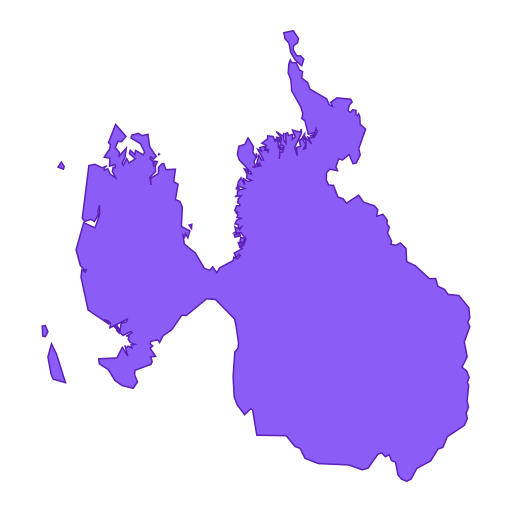 Ambanja, Diana, Madagascar
{"feature_id": "10022922B10293113814705", "entity_name": "Ambanja", "entity_type": "district", "adm_level": 2, "iso_a3": "MDG", "parent_name": "Madagascar", "parent_adm1": "Diana", "projection": "equal_earth", "projection_center": [48.458, -13.784], "detail": "fine", "context": "isolated", "style": "filled", "palette": "violet", "viewbox_px": 512, "rotation_deg": 0, "n_neighbors": 0, "source": "geoboundaries", "source_scale": "gbopen_adm2", "svg_char_len": 6078}
<svg xmlns="http://www.w3.org/2000/svg" viewBox="0 0 512 512"><path d="M295.0,446.5L300.1,448.4L305.0,458.3L318.4,463.6L348.4,464.9L362.2,469.8L368.0,468.2L377.9,454.2L381.8,452.9L385.4,456.8L389.2,454.7L391.4,460.5L395.5,462.1L397.9,474.6L401.5,479.2L407.0,481.3L411.2,478.9L416.8,468.4L430.7,460.9L437.9,449.1L442.9,447.4L447.2,436.8L464.6,425.1L467.3,418.6L466.2,412.9L468.5,407.2L467.1,401.0L468.7,385.1L467.3,382.8L469.1,377.3L466.6,370.8L461.9,367.3L467.2,356.8L464.3,341.9L469.8,326.6L467.8,322.4L469.8,317.7L468.8,307.6L458.8,295.5L448.0,294.4L444.5,289.4L437.9,286.3L435.6,278.5L429.4,278.7L415.4,265.8L406.7,261.6L406.0,248.5L400.4,242.9L396.0,245.3L390.7,244.1L391.6,241.3L387.5,233.0L389.4,227.2L387.0,224.0L387.2,220.1L382.9,214.3L376.7,216.3L377.7,209.7L374.6,205.9L363.5,202.1L358.7,195.2L346.4,203.2L343.2,198.8L337.9,197.0L333.5,185.4L328.7,185.0L326.3,180.2L326.5,172.7L329.8,169.2L337.5,170.7L335.9,166.7L338.7,158.8L342.5,160.0L349.1,154.5L353.0,163.7L356.3,163.1L360.2,154.8L358.8,148.5L365.6,129.1L360.2,124.3L359.7,116.2L358.6,113.8L357.5,115.8L355.9,114.4L356.0,110.3L352.5,109.8L350.5,112.5L348.2,110.9L349.1,105.3L352.2,102.0L350.7,99.2L336.9,97.8L330.7,102.4L332.4,106.2L329.3,104.9L326.7,98.9L309.8,89.0L307.7,82.5L301.7,78.0L302.6,71.6L299.5,70.0L296.2,62.8L291.5,62.5L290.3,59.9L288.8,64.0L288.2,72.9L290.9,79.9L291.7,90.7L300.6,106.6L302.9,113.6L301.8,118.6L304.9,120.8L308.3,134.3L315.1,132.3L316.2,128.7L317.3,131.3L314.4,137.2L310.2,138.0L307.9,137.1L311.6,143.9L305.9,137.8L305.8,148.4L303.5,149.2L305.7,144.7L302.1,138.2L299.3,140.7L300.5,146.4L296.5,147.5L297.3,155.7L294.7,147.3L301.5,133.3L301.2,129.0L300.5,132.2L292.4,130.0L295.4,136.8L292.2,139.5L292.8,134.3L288.4,135.5L287.6,132.8L285.7,133.4L286.0,143.3L283.9,140.3L284.0,133.0L283.0,136.1L276.3,131.6L281.5,138.0L279.8,145.6L282.3,145.0L284.0,147.0L282.7,152.1L280.1,152.2L279.3,159.0L280.0,149.5L278.4,147.5L278.1,142.1L276.0,139.1L275.1,141.1L273.1,136.5L267.7,135.8L267.6,138.8L261.8,143.2L266.3,145.2L265.5,149.3L268.5,149.5L267.9,152.6L267.5,150.2L264.4,150.4L265.3,146.2L259.7,147.6L261.5,151.0L257.7,149.2L263.5,160.0L261.8,160.5L258.9,155.5L256.5,164.4L259.4,163.2L261.6,166.5L259.4,163.8L257.7,165.3L259.9,165.9L252.5,167.5L255.4,166.2L253.9,161.6L257.1,156.1L256.4,153.3L255.9,156.9L252.8,152.3L253.5,146.6L248.0,137.9L244.9,144.3L238.9,146.2L237.4,153.9L239.1,159.7L248.7,169.9L248.1,171.9L249.8,171.2L250.9,172.3L251.4,174.3L247.6,172.7L247.3,169.7L244.2,168.8L247.2,174.4L246.5,178.3L251.5,180.3L247.7,181.5L243.6,178.8L244.7,184.7L241.1,177.8L238.3,181.8L237.6,185.6L244.9,188.5L237.6,190.8L237.4,195.0L235.0,196.7L241.2,195.7L237.6,199.6L238.6,199.0L237.5,202.4L239.9,204.2L239.6,205.8L236.5,205.7L234.8,210.7L237.7,212.2L236.1,212.9L238.0,214.5L236.9,217.5L241.1,218.3L236.5,220.4L235.0,223.9L238.1,224.5L238.6,228.3L241.5,226.9L239.9,229.6L234.9,226.9L236.1,231.4L234.0,232.9L241.0,232.7L245.9,239.0L243.5,245.3L240.1,247.6L242.1,248.6L234.2,253.1L236.2,257.5L239.0,254.3L240.3,255.4L237.3,258.8L233.8,257.1L233.2,260.6L219.6,267.8L216.8,272.8L212.7,266.8L209.8,270.2L204.5,268.6L195.4,253.1L184.3,244.0L183.0,235.3L184.6,237.3L185.5,233.6L187.8,237.9L189.9,230.9L181.4,226.5L182.3,207.1L179.8,201.3L175.4,199.6L178.1,184.2L173.7,181.7L175.4,169.2L165.8,169.6L163.7,163.4L161.9,163.9L158.5,167.3L158.5,173.5L150.7,178.2L150.9,185.0L149.9,177.2L155.7,171.5L155.2,166.4L157.4,161.6L154.4,161.1L153.5,166.5L153.2,161.3L149.9,158.5L150.7,156.9L153.4,159.2L156.2,156.4L149.8,147.0L147.9,134.3L142.1,135.6L138.2,133.3L131.6,135.3L131.0,138.0L140.4,143.7L144.7,152.3L143.1,154.8L135.5,150.4L134.9,154.6L130.3,150.2L129.4,153.6L135.4,158.8L129.0,163.0L126.7,158.6L123.2,165.2L122.1,163.3L124.9,158.0L126.3,148.1L119.2,155.9L119.4,152.5L115.3,147.5L117.9,141.5L121.5,141.7L126.0,136.4L115.6,124.4L108.5,142.6L110.5,144.7L109.7,148.8L104.2,157.1L109.8,158.3L109.5,166.2L115.0,164.6L115.2,167.8L113.1,167.3L112.3,171.2L115.6,177.8L110.2,174.2L107.7,168.7L104.2,170.3L104.4,167.4L107.0,165.9L102.2,167.8L94.9,164.3L88.9,165.5L82.3,218.2L84.6,221.4L91.0,219.4L94.4,221.6L98.7,213.9L97.8,211.7L99.4,205.2L99.7,214.1L95.1,227.9L83.7,222.7L76.1,249.7L80.3,265.5L85.1,270.4L86.9,269.1L85.1,272.1L81.9,269.6L81.0,277.1L88.1,310.0L109.1,324.2L105.3,320.0L108.1,320.8L110.3,323.4L110.0,327.8L127.3,319.1L126.7,321.7L121.1,323.4L119.7,332.5L123.1,335.5L131.1,331.4L132.0,332.7L126.3,336.2L129.0,336.0L128.2,339.3L130.3,342.5L134.8,344.3L131.0,345.0L131.9,347.9L128.0,346.1L126.1,348.0L124.8,345.3L127.8,356.0L122.3,347.3L116.9,357.9L98.7,358.8L99.3,363.9L108.1,369.4L115.0,380.5L122.1,385.6L133.2,388.3L137.5,382.0L134.6,374.7L135.0,370.3L151.0,364.3L152.2,361.6L150.6,357.0L155.6,356.3L150.0,348.0L152.8,346.0L150.2,343.8L150.8,341.4L157.7,339.8L159.6,342.5L163.1,335.7L171.7,329.8L181.8,315.2L186.3,315.5L206.6,298.8L215.5,299.5L234.5,318.9L236.0,325.5L238.6,343.2L238.0,348.3L234.8,352.0L233.1,376.8L234.2,396.7L237.0,404.5L244.6,414.7L250.7,408.8L252.6,409.9L256.8,435.2L286.2,435.7L295.0,446.5ZM65.5,382.7L56.5,354.1L51.5,343.8L47.9,356.9L51.1,374.4L53.3,379.2L65.5,382.7ZM293.3,30.7L283.8,32.7L285.0,38.7L288.9,43.1L290.8,52.6L295.2,59.9L301.7,65.8L303.8,59.2L300.6,55.8L296.8,55.8L293.2,50.0L293.5,45.6L297.6,42.8L298.4,38.5L293.3,30.7ZM45.3,336.7L47.9,331.7L45.3,325.6L42.2,326.2L42.8,336.1L45.3,336.7ZM243.6,242.4L245.0,238.2L240.8,237.6L239.9,241.8L243.6,242.4ZM64.2,166.6L61.3,162.1L58.0,167.1L63.4,169.2L64.2,166.6ZM238.3,242.6L239.6,246.4L243.6,243.5L238.3,242.6ZM240.5,235.9L239.7,233.5L234.2,234.8L235.0,237.1L240.5,235.9ZM283.1,147.6L279.2,146.6L282.1,150.6L283.1,147.6ZM309.8,136.1L314.1,136.0L315.5,133.7L309.8,136.1ZM191.5,228.6L191.8,224.3L189.1,225.1L191.5,228.6ZM276.7,137.3L277.1,139.1L279.1,141.5L280.0,137.8L276.7,137.3ZM118.9,332.8L119.0,329.1L118.0,327.1L116.8,330.5L118.9,332.8ZM304.6,139.3L304.5,136.4L304.6,133.9L302.7,136.8L304.6,139.3ZM114.2,326.5L116.4,328.9L117.2,326.0L114.2,326.5ZM239.3,189.2L238.2,186.3L236.3,187.9L236.4,188.9L239.3,189.2ZM158.4,155.1L159.5,154.2L159.0,153.8L158.4,155.1Z" fill="#8b5cf6" stroke="#5b21b6" stroke-width="1.5"/></svg>